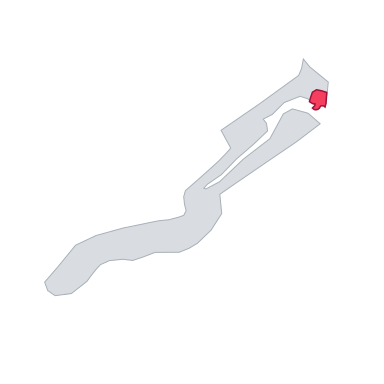 Banjul highlighted on a map of Gambia, rotated 145°
{"feature_id": "GMB-2153", "entity_name": "Banjul", "entity_type": "Independent City", "adm_level": 1, "iso_a3": "GMB", "parent_name": "Gambia", "parent_adm1": "", "projection": "albers", "projection_center": [-16.653, 13.415], "detail": "fine", "context": "in_parent", "style": "filled", "palette": "rose", "viewbox_px": 384, "rotation_deg": 145, "n_neighbors": 0, "source": "natural_earth", "source_scale": "10m", "svg_char_len": 1327}
<svg xmlns="http://www.w3.org/2000/svg" viewBox="0 0 384 384"><g transform="rotate(145 192 192)"><path d="M47.9,174.4L77.4,173.2L113.2,173.7L152.1,174.1L170.5,174.2L180.0,157.3L198.3,149.8L217.0,146.9L226.8,147.6L237.1,150.0L257.0,163.8L269.3,166.8L279.8,169.9L287.3,176.6L299.1,183.2L308.5,185.0L314.0,183.9L323.2,181.2L329.2,179.1L349.0,178.0L363.6,185.6L366.7,194.0L364.4,202.7L344.9,207.6L317.9,215.2L295.5,211.4L268.3,201.7L252.3,194.7L245.7,191.9L235.7,187.5L227.0,182.6L218.6,179.5L212.2,177.6L207.5,180.1L205.2,186.2L201.5,192.9L196.6,196.9L173.8,199.4L153.4,201.9L142.4,204.0L135.1,205.7L132.8,225.9L109.7,225.7L86.9,225.5L63.2,225.9L37.8,226.3L31.3,230.4L24.5,237.1L23.8,227.0L17.3,203.9L26.0,193.8L35.4,187.9L41.8,192.6L43.7,202.0L48.6,208.4L65.3,212.4L81.8,209.5L91.9,210.9L91.6,205.6L95.0,198.7L115.0,195.7L136.2,193.6L158.0,189.4L175.0,189.5L180.1,188.3L178.9,186.5L163.5,184.6L130.9,189.5L97.6,191.0L72.4,203.6L62.1,202.5L51.7,189.9L47.9,174.4Z" fill="#d9dde1" stroke="#a8b0b8" stroke-width="1"/><path d="M24.5,196.3L31.3,187.8L34.3,185.3L34.6,186.6L35.2,187.4L36.2,188.1L37.4,188.7L39.5,187.6L41.5,187.5L43.3,188.2L44.6,189.5L45.2,191.7L43.9,192.0L42.0,192.2L40.7,193.6L42.5,195.2L44.0,198.6L41.3,200.9L36.1,204.7L31.3,204.3L27.7,200.5L24.5,196.3Z" fill="#f43f5e" stroke="#9f1239" stroke-width="1.5"/></g></svg>